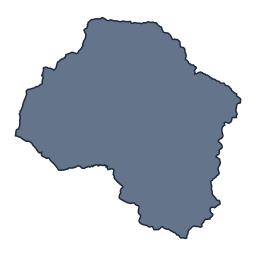 outline of Kapong, Phangnga, Thailand, rotated 270°
{"feature_id": "78962969B49834487361674", "entity_name": "Kapong", "entity_type": "district", "adm_level": 2, "iso_a3": "THA", "parent_name": "Thailand", "parent_adm1": "Phangnga", "projection": "mercator", "projection_center": [98.457, 8.749], "detail": "fine", "context": "isolated", "style": "filled", "palette": "slate", "viewbox_px": 256, "rotation_deg": 270, "n_neighbors": 0, "source": "geoboundaries", "source_scale": "gbopen_adm2", "svg_char_len": 5796}
<svg xmlns="http://www.w3.org/2000/svg" viewBox="0 0 256 256"><g transform="rotate(270 128 128)"><path d="M189.3,195.7L189.2,195.0L189.3,194.6L191.0,193.5L191.0,191.0L192.0,190.5L192.3,189.3L192.7,188.8L194.5,188.0L195.6,186.9L196.4,185.6L197.2,185.4L199.3,186.0L200.8,186.2L201.6,185.7L202.7,185.7L204.4,184.8L206.4,184.9L207.5,184.4L208.5,183.4L208.8,181.1L209.3,180.5L210.6,180.1L214.0,179.9L214.7,179.6L215.5,178.3L216.5,177.5L216.5,176.0L216.9,174.6L216.5,173.2L216.6,172.6L217.1,172.1L219.3,171.2L221.0,170.2L222.8,168.2L223.1,167.5L223.0,166.4L223.8,163.4L225.6,162.4L229.0,161.4L229.6,159.7L230.5,158.4L231.4,157.5L232.7,156.9L233.2,156.2L233.3,154.1L233.9,153.1L233.5,151.1L234.2,148.2L234.1,147.6L233.2,146.0L233.3,143.8L232.4,141.6L232.9,139.4L232.8,137.5L233.4,135.1L233.3,133.9L232.7,132.6L232.7,131.9L233.0,131.1L234.5,130.5L234.7,130.1L234.4,128.8L234.4,126.9L234.5,124.7L235.0,123.2L234.5,122.1L234.6,121.3L234.1,120.1L235.2,116.7L235.0,114.7L236.2,110.7L235.5,109.1L235.4,107.9L235.9,106.3L236.9,105.5L237.1,104.4L237.9,103.7L238.4,102.3L238.4,101.9L237.4,100.9L237.1,100.2L237.2,95.7L236.5,93.4L236.3,91.1L235.4,90.4L233.8,88.2L232.0,87.9L231.3,87.4L229.8,87.7L229.3,87.1L227.8,86.8L226.9,84.8L226.2,84.1L225.3,84.1L221.5,85.9L218.1,85.5L216.1,84.5L214.8,83.5L213.8,83.5L211.8,82.7L210.2,83.1L209.7,82.5L206.8,80.7L205.2,78.9L202.9,77.8L202.5,76.8L202.8,75.6L202.8,74.9L203.6,72.9L203.7,72.0L201.9,67.7L201.4,65.9L199.8,65.8L199.2,65.1L198.0,64.8L197.8,63.5L196.7,62.3L197.0,61.5L196.2,60.8L195.8,60.0L194.6,59.2L194.4,58.3L193.9,57.7L192.8,57.2L188.3,56.1L186.6,54.9L186.1,54.1L186.0,53.6L186.9,52.7L187.0,51.7L187.6,50.9L187.8,49.7L187.8,48.1L188.6,47.2L188.8,45.4L188.3,43.7L187.6,43.3L186.0,43.5L184.6,43.3L181.4,42.3L180.7,41.7L180.3,41.8L180.2,42.6L178.4,43.3L177.1,42.6L174.5,42.2L172.8,42.3L172.2,42.1L171.2,40.1L169.4,38.0L169.4,36.3L167.9,33.8L167.6,32.1L167.0,30.6L166.7,28.4L165.4,26.4L163.2,26.3L161.8,26.6L161.2,26.5L152.8,23.2L149.2,22.4L145.8,21.0L145.1,20.2L143.3,20.1L141.9,19.3L141.4,19.4L140.2,20.3L138.8,19.9L137.1,20.3L136.1,19.6L135.2,19.8L131.3,19.8L130.0,19.6L127.4,18.7L127.0,18.3L126.8,17.3L125.6,16.2L120.2,15.4L119.9,17.1L119.1,18.7L118.9,20.2L116.6,23.0L114.7,26.5L114.7,29.1L113.2,31.5L111.1,32.7L107.7,35.8L103.7,38.5L103.1,39.6L103.1,40.0L103.7,41.6L101.2,41.4L100.5,41.7L99.9,42.4L97.7,46.5L97.7,47.0L98.1,48.3L97.8,49.0L96.9,49.7L95.1,50.8L92.2,54.0L89.0,56.7L85.9,58.7L85.8,62.4L86.2,64.7L86.7,66.0L87.1,68.1L88.1,69.0L88.2,69.5L87.9,70.3L88.1,73.3L89.3,76.6L90.1,77.7L90.1,78.9L89.6,80.2L87.9,81.9L87.6,84.2L88.8,86.3L88.9,87.2L89.6,88.6L89.0,89.4L89.2,89.9L89.1,90.6L89.7,91.3L89.9,91.7L89.8,92.4L89.4,92.7L89.8,93.3L90.2,93.2L90.5,93.4L90.4,93.8L90.7,93.9L90.7,94.9L91.2,96.0L91.1,97.0L90.1,98.3L90.2,98.9L90.8,99.0L90.6,99.3L91.0,99.6L90.9,99.9L91.2,100.4L90.5,102.4L90.6,104.3L90.9,104.4L90.3,105.2L90.7,105.3L90.7,105.6L90.2,106.3L89.1,106.2L89.5,107.4L88.0,107.2L86.3,108.1L87.1,110.8L87.1,112.4L86.9,113.2L86.2,113.7L85.5,113.8L81.4,113.2L79.9,114.3L78.5,114.1L78.0,114.2L74.4,117.2L74.2,117.8L73.5,118.0L73.0,119.1L72.3,119.5L70.0,122.4L69.5,122.8L68.9,122.7L67.0,121.0L65.6,120.4L64.8,120.3L62.8,120.8L61.8,119.8L59.9,119.3L58.9,119.2L58.0,119.4L57.0,120.4L53.5,126.9L52.5,130.6L53.1,132.7L53.0,133.8L52.3,134.9L50.9,136.1L50.6,137.7L49.8,138.8L49.0,139.1L45.3,138.3L43.4,138.4L42.4,138.7L41.1,140.2L40.3,140.6L39.2,140.5L36.4,139.3L35.1,139.1L34.1,139.3L33.1,140.1L32.1,141.5L31.3,143.2L31.1,144.6L30.5,147.0L29.1,148.8L29.0,149.7L29.4,150.5L29.3,152.5L26.2,154.1L26.4,156.7L26.3,158.2L27.2,159.6L29.4,161.9L29.4,162.5L27.8,164.2L26.8,166.6L27.0,168.5L26.2,169.3L24.4,172.2L24.1,173.1L23.5,173.8L23.3,175.1L21.8,176.4L21.1,176.7L21.0,178.0L20.6,178.8L18.6,180.1L18.2,180.4L18.0,181.6L18.3,183.1L17.7,185.0L17.6,186.0L17.9,186.6L18.3,186.8L19.9,186.6L22.1,187.8L25.0,188.2L28.9,192.0L29.7,193.2L30.1,194.4L29.5,196.3L29.6,197.8L28.8,200.3L28.9,200.9L29.5,201.9L31.5,201.8L32.2,202.0L33.0,202.6L33.7,203.6L34.7,203.9L36.6,205.2L36.8,206.0L36.5,207.0L37.0,208.2L36.9,209.9L38.3,210.2L38.8,211.1L39.4,211.8L40.6,212.6L41.3,212.9L42.2,212.5L43.6,210.8L44.2,210.3L45.6,210.5L46.5,210.0L47.0,210.0L48.4,210.9L48.9,213.3L48.3,214.5L48.3,214.9L50.7,217.6L51.5,219.3L52.1,220.0L54.2,219.9L55.2,219.5L55.7,218.7L55.5,217.7L56.4,216.4L57.5,215.9L59.4,214.3L60.9,212.8L61.6,212.4L62.3,212.2L64.6,212.1L67.0,211.4L70.7,211.7L71.7,211.1L73.2,211.0L74.1,210.6L74.9,210.8L75.6,212.3L77.0,213.0L77.4,214.0L78.3,214.8L78.8,215.9L80.0,216.5L81.0,218.0L81.8,218.7L82.8,219.2L86.3,218.2L87.6,218.0L89.5,218.7L91.2,219.8L93.6,220.4L94.9,219.8L96.9,219.6L97.6,218.3L98.4,217.6L98.8,216.3L99.5,216.1L100.6,216.7L101.5,218.3L102.0,218.8L103.6,219.4L106.1,219.2L107.7,221.6L108.4,222.1L109.5,222.2L110.8,221.9L112.1,221.0L114.2,218.7L114.8,218.3L115.3,218.2L117.1,220.1L118.1,222.1L119.4,222.8L120.9,222.9L124.6,221.9L126.5,221.8L128.1,222.1L128.8,222.5L130.0,223.4L130.9,224.7L132.9,224.2L133.2,224.3L133.5,224.8L133.7,226.0L132.9,228.3L132.9,229.2L133.9,230.7L135.0,231.4L138.2,232.2L138.5,233.0L138.3,236.0L138.5,236.4L140.1,236.3L141.3,237.0L142.0,237.1L144.7,236.1L145.9,235.9L151.6,236.9L152.6,238.0L152.9,239.7L153.2,240.3L155.7,240.6L156.6,240.6L157.5,240.2L159.2,237.9L159.8,236.7L161.6,236.7L162.2,236.4L163.6,233.7L164.5,233.1L164.7,232.6L165.5,231.7L167.4,230.9L167.9,230.1L169.4,229.0L169.8,228.4L170.5,226.0L171.3,224.9L172.3,224.5L172.7,224.1L172.9,223.2L172.7,220.8L174.6,219.1L175.1,216.7L176.8,214.6L176.9,212.4L178.0,211.8L178.2,210.7L179.3,209.6L180.8,207.5L180.9,207.1L180.7,206.3L181.7,205.5L182.5,202.9L183.3,202.4L183.2,201.6L184.0,200.7L184.0,200.2L183.5,199.7L183.6,198.8L182.2,196.5L181.9,194.8L183.6,195.0L185.0,194.4L187.1,195.5L187.5,196.1L188.6,196.1L189.3,195.7Z" fill="#64748b" stroke="#1e293b" stroke-width="1.5"/></g></svg>